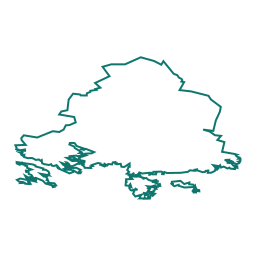 the district of Mandal nor, Vest-Agder, Norway
{"feature_id": "86288312B66644758166065", "entity_name": "Mandal nor", "entity_type": "district", "adm_level": 2, "iso_a3": "NOR", "parent_name": "Norway", "parent_adm1": "Vest-Agder", "projection": "equal_earth", "projection_center": [7.487, 58.066], "detail": "fine", "context": "isolated", "style": "outline", "palette": "teal", "viewbox_px": 256, "rotation_deg": 0, "n_neighbors": 0, "source": "geoboundaries", "source_scale": "gbopen_adm2", "svg_char_len": 5859}
<svg xmlns="http://www.w3.org/2000/svg" viewBox="0 0 256 256"><path d="M15.4,145.3L16.6,147.9L16.2,149.2L18.3,149.6L17.7,150.6L24.8,149.5L24.5,150.5L26.0,150.8L21.7,150.7L22.4,152.0L20.3,152.5L21.5,152.9L20.9,153.5L21.6,154.3L23.4,153.8L21.6,154.9L22.8,155.8L24.3,155.0L24.1,157.0L27.8,158.2L32.1,158.0L35.9,159.9L38.9,159.5L40.5,160.8L41.7,160.0L42.1,163.2L44.0,164.1L49.0,165.0L51.1,164.2L52.0,165.7L53.9,166.0L56.6,165.1L58.9,167.7L57.6,167.7L58.0,168.3L69.5,173.4L73.1,172.0L72.5,170.6L73.4,170.4L78.1,173.3L80.5,173.2L80.9,172.4L79.0,172.7L78.8,171.7L80.7,169.9L76.0,167.7L73.0,168.1L69.2,166.2L67.6,166.5L69.0,168.1L71.3,168.5L71.2,169.8L65.4,169.7L64.5,169.0L66.9,168.9L66.8,167.9L64.4,167.4L66.2,167.2L66.3,166.2L63.4,165.0L61.5,162.9L68.6,165.3L66.3,162.4L67.3,162.6L69.3,164.4L69.5,165.9L72.3,166.3L77.7,163.7L79.3,163.9L80.0,162.9L82.5,163.8L82.8,162.7L78.4,161.8L78.3,160.8L72.1,161.0L66.8,157.9L70.5,157.8L69.9,158.8L70.8,159.3L75.1,159.6L77.0,159.3L72.3,156.7L68.6,156.3L76.5,155.6L79.3,157.2L79.0,156.0L84.2,155.1L81.3,153.7L82.8,153.6L82.2,153.0L79.6,153.0L81.1,151.9L74.7,148.0L74.4,146.7L69.4,144.5L69.9,143.0L71.6,142.9L74.6,143.1L76.8,146.1L83.2,148.3L81.4,149.3L83.9,149.9L85.9,148.9L94.1,152.1L91.8,153.3L85.1,153.7L84.4,154.9L85.9,155.4L80.5,157.1L78.9,158.7L80.5,160.3L84.5,161.0L84.4,162.5L83.1,163.4L83.6,164.3L82.1,164.9L84.2,166.4L84.6,167.8L91.1,168.0L90.5,166.3L92.8,166.0L91.9,165.0L97.9,163.0L100.5,163.5L100.3,164.8L103.1,164.7L102.1,165.5L104.5,166.5L105.5,166.0L104.5,165.5L104.7,163.9L107.4,165.4L108.2,164.0L112.1,164.4L112.8,162.4L115.0,162.1L114.7,162.7L116.4,163.1L115.7,163.8L117.0,164.3L120.7,163.8L121.4,166.7L124.2,167.0L129.6,163.5L129.7,166.8L128.5,166.8L128.2,167.8L129.0,168.3L128.2,168.2L127.2,170.0L129.1,171.9L126.9,173.7L131.5,174.8L134.2,172.8L132.4,175.0L135.5,176.4L137.1,176.1L134.6,175.0L139.6,175.1L138.5,174.0L140.1,173.6L138.5,172.2L142.2,173.5L149.2,172.8L149.3,174.8L150.2,174.6L150.1,172.8L152.3,173.0L151.7,173.6L152.3,174.3L156.0,174.3L156.4,172.9L154.7,171.8L161.1,171.6L162.5,172.1L162.1,174.1L163.7,174.2L164.5,172.1L167.0,173.0L180.6,172.8L187.8,171.9L189.9,170.3L194.8,170.8L195.8,170.6L195.1,169.7L196.9,169.4L196.7,170.2L202.6,172.2L205.0,171.9L205.6,170.9L207.7,171.5L207.7,170.5L208.3,170.5L207.8,172.8L211.2,172.7L214.8,171.0L215.3,169.2L216.9,169.8L218.4,168.2L217.1,168.0L218.0,166.8L215.4,167.6L213.2,165.2L219.2,166.2L220.1,165.2L221.1,167.5L223.7,166.6L227.6,168.5L229.4,167.6L230.3,168.6L235.0,169.1L235.5,167.4L234.9,167.0L237.4,167.9L237.3,166.2L235.2,165.8L234.6,166.6L234.5,165.6L233.3,165.6L231.2,163.1L228.6,162.9L229.5,162.1L227.4,162.0L226.9,160.8L224.7,160.0L228.5,159.8L227.9,160.4L231.2,161.0L232.3,161.5L231.4,162.1L236.6,164.1L239.1,163.2L239.8,162.2L238.7,161.6L240.2,161.4L239.9,160.0L240.6,159.8L240.4,158.6L238.3,158.7L239.3,157.5L236.7,156.5L235.7,155.2L236.9,154.7L235.3,154.3L235.9,154.2L222.1,151.8L224.4,142.1L217.4,140.0L221.0,135.9L214.9,135.2L209.7,131.5L203.1,129.6L213.3,130.9L215.8,120.5L219.8,111.9L220.8,106.9L210.9,99.5L208.5,95.8L191.1,91.4L179.6,90.1L184.1,82.1L181.4,81.6L182.3,80.1L181.5,78.9L178.9,77.6L177.3,75.2L173.7,73.8L163.4,61.2L161.3,64.7L154.1,61.0L140.8,57.3L125.1,64.3L111.4,64.3L102.6,66.8L109.5,76.2L95.1,83.0L100.3,87.7L95.5,89.0L96.4,89.9L90.3,90.8L90.3,91.9L86.9,93.3L86.7,95.5L80.7,95.4L80.1,94.5L73.1,93.7L68.7,99.5L67.4,110.2L61.3,111.5L59.2,114.5L74.2,117.0L75.7,122.4L69.4,125.1L65.8,125.3L63.7,129.5L59.2,132.0L52.8,131.2L37.2,137.5L23.8,135.3L21.3,138.2L21.6,140.1L25.7,144.9L15.4,145.3ZM137.1,176.7L130.3,176.3L131.3,177.0L129.1,177.8L131.0,177.6L132.3,179.0L126.1,179.3L126.5,181.6L125.9,181.4L125.6,185.4L130.4,186.1L129.7,184.9L130.3,184.1L131.3,187.1L130.1,186.6L129.2,187.9L130.5,190.0L132.0,190.6L133.2,189.8L133.9,190.6L136.2,188.0L135.7,188.8L137.5,189.9L135.1,189.4L133.1,193.7L135.3,196.5L141.7,194.6L139.6,196.8L140.6,198.0L140.0,198.4L144.0,198.5L145.1,196.9L144.3,198.7L149.8,198.6L150.1,197.8L147.8,197.4L148.3,196.2L150.3,196.3L151.5,194.9L152.7,195.8L154.8,193.8L150.6,193.5L151.6,192.0L153.5,192.1L153.5,190.7L154.4,190.7L155.0,188.9L156.5,188.9L156.2,188.1L152.8,187.2L153.4,186.8L150.0,187.2L150.5,187.8L148.3,191.9L150.3,192.0L149.4,193.9L144.8,195.6L144.1,193.0L146.5,193.4L149.0,189.2L147.9,188.2L149.0,187.4L147.6,186.3L150.9,186.6L155.2,185.4L155.8,186.9L157.7,186.9L157.6,186.1L160.2,185.9L159.6,184.7L160.6,183.7L158.5,184.4L153.8,182.0L151.7,182.1L158.7,181.6L156.2,180.8L156.2,180.0L151.9,180.9L148.5,179.9L146.3,178.0L143.3,178.7L142.7,178.2L143.6,177.8L137.7,176.2L137.1,176.7ZM33.0,164.5L17.6,162.2L18.8,163.6L16.7,162.8L16.7,163.4L19.5,164.7L19.5,163.9L20.7,163.9L24.1,164.8L23.6,163.4L25.5,164.6L25.4,165.8L27.2,166.0L27.1,167.8L31.5,169.5L28.6,170.3L28.6,171.3L25.2,170.2L26.6,170.7L25.9,170.9L26.2,172.0L28.6,171.7L28.7,174.0L31.5,175.0L32.4,176.5L29.8,177.2L30.4,177.4L29.5,178.2L25.1,175.7L27.4,180.0L20.3,178.5L17.0,179.9L19.2,181.7L22.0,182.0L20.8,183.0L24.8,182.8L25.1,183.7L28.5,184.0L27.9,183.5L28.8,182.9L28.4,182.1L30.0,182.9L28.3,179.9L35.8,181.6L34.8,180.0L36.0,180.0L36.0,179.2L31.7,179.8L30.1,179.0L35.6,177.8L42.8,180.7L45.6,183.6L52.8,185.5L52.2,185.9L52.8,187.1L54.3,186.8L53.4,185.9L56.1,185.4L54.5,183.3L47.5,182.8L48.6,181.8L48.0,180.2L46.7,180.1L47.3,178.7L46.2,177.3L47.2,176.3L43.9,176.6L40.4,173.7L49.0,175.3L48.1,174.5L49.4,173.7L48.6,171.6L45.8,169.8L43.0,169.7L43.3,168.5L35.5,166.4L35.5,165.5L33.0,164.5ZM180.5,180.9L171.9,181.8L171.5,183.4L173.7,184.1L172.0,184.3L174.2,186.2L178.7,184.8L178.8,185.8L184.4,187.5L193.8,187.0L194.5,188.2L192.6,191.0L193.7,192.5L195.9,192.3L194.6,191.9L194.9,190.7L199.3,191.3L199.2,190.1L197.0,189.9L196.7,190.7L196.4,189.1L195.0,189.3L195.9,188.4L195.7,187.2L194.1,187.0L195.1,186.8L195.0,185.6L194.4,186.2L193.1,184.6L189.2,184.3L189.4,182.5L184.2,184.0L180.5,180.9Z" fill="none" stroke="#0f766e" stroke-width="2"/></svg>